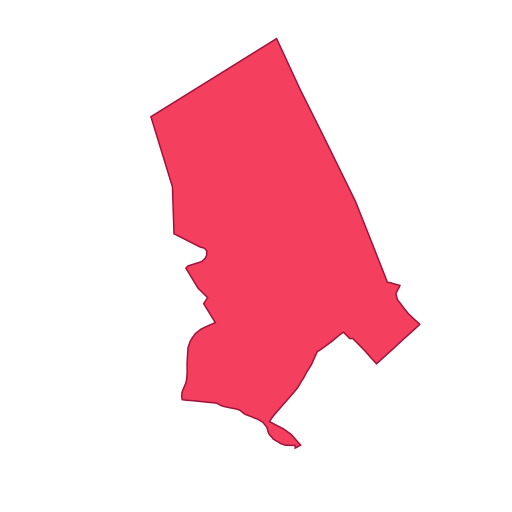 the district of Azaal, Amanat Al Asimah, Yemen, rotated 247°
{"feature_id": "15242507B23052795902995", "entity_name": "Azaal", "entity_type": "district", "adm_level": 2, "iso_a3": "YEM", "parent_name": "Yemen", "parent_adm1": "Amanat Al Asimah", "projection": "robinson", "projection_center": [44.226, 15.356], "detail": "medium", "context": "isolated", "style": "filled", "palette": "rose", "viewbox_px": 512, "rotation_deg": 247, "n_neighbors": 0, "source": "geoboundaries", "source_scale": "gbopen_adm2", "svg_char_len": 1943}
<svg xmlns="http://www.w3.org/2000/svg" viewBox="0 0 512 512"><g transform="rotate(247 256 256)"><path d="M125.6,252.8L129.3,257.3L134.3,264.5L144.0,275.0L144.3,277.2L144.7,279.7L145.5,282.9L145.7,284.0L147.9,293.0L150.8,302.4L151.7,306.7L143.3,310.1L142.1,312.9L126.7,319.0L116.7,322.3L109.7,324.8L111.0,328.7L115.1,340.3L117.1,346.4L119.3,352.1L119.5,352.9L122.0,359.7L125.7,370.8L126.5,372.9L128.6,378.9L129.1,380.0L130.2,379.7L135.6,377.1L142.4,374.1L143.8,373.6L148.2,372.4L148.9,372.1L154.6,370.7L155.2,370.6L160.7,369.1L164.7,369.8L166.3,370.0L167.0,370.2L167.4,370.9L169.3,373.0L170.9,375.2L172.7,377.0L173.6,375.8L174.9,374.1L176.6,372.1L177.8,370.6L178.8,369.6L179.7,367.8L180.5,366.7L225.4,367.9L267.2,368.9L340.4,364.9L391.9,361.7L448.1,359.9L425.3,213.7L352.3,206.1L308.5,189.2L285.7,208.4L283.8,211.2L281.5,212.2L280.0,212.7L275.9,210.8L273.9,208.6L272.1,203.9L273.3,191.1L273.4,189.4L272.2,186.7L248.9,190.1L236.6,195.2L232.6,189.2L210.6,192.5L210.5,183.1L210.4,181.6L210.2,176.8L209.2,173.5L208.8,171.4L207.8,168.9L206.9,167.6L205.6,165.4L203.6,162.6L198.5,157.8L197.6,157.3L185.0,151.0L175.2,146.9L169.5,143.9L166.5,141.8L162.0,137.1L159.2,134.4L158.1,134.0L157.0,133.3L155.2,132.5L153.5,132.1L152.6,132.0L152.3,132.3L149.9,136.6L148.2,140.0L136.3,161.6L135.7,162.5L132.1,165.3L131.4,166.1L130.5,167.0L126.2,173.1L122.6,178.5L120.9,180.3L120.2,181.0L119.4,181.4L115.3,183.5L114.2,184.4L108.9,190.0L108.3,190.4L105.8,193.0L105.4,193.5L104.6,194.2L100.0,197.5L98.9,197.7L95.5,198.7L94.3,199.1L92.2,198.8L88.8,198.4L87.2,198.4L83.8,199.4L82.9,199.8L80.8,200.3L80.1,200.8L73.0,206.0L72.7,206.6L70.5,208.8L66.9,216.7L66.6,217.7L64.8,217.5L63.9,217.0L63.9,217.8L64.5,223.2L69.7,221.4L72.6,220.5L78.0,218.7L78.8,218.2L86.2,213.7L92.0,208.8L95.0,206.5L98.2,203.7L99.7,205.8L102.0,209.4L110.2,226.2L115.8,237.8L117.1,240.2L117.7,241.5L119.4,244.2L122.5,248.3L125.6,252.8Z" fill="#f43f5e" stroke="#9f1239" stroke-width="1.5"/></g></svg>